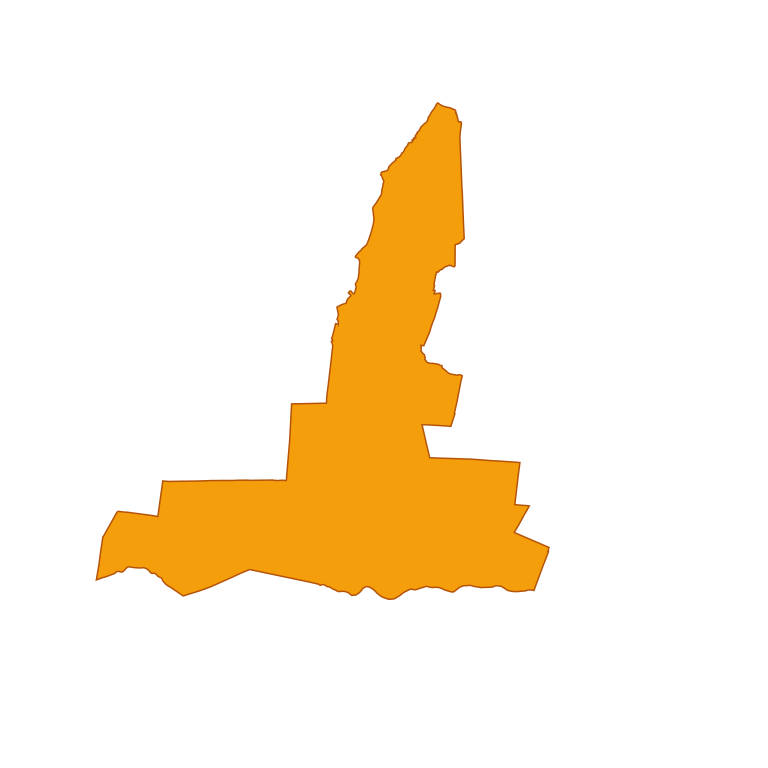 the district of Filipestii De Targ, Prahova, Romania, rotated 110°
{"feature_id": "2599482B69581696134481", "entity_name": "Filipestii De Targ", "entity_type": "district", "adm_level": 2, "iso_a3": "ROU", "parent_name": "Romania", "parent_adm1": "Prahova", "projection": "robinson", "projection_center": [25.752, 44.957], "detail": "fine", "context": "isolated", "style": "filled", "palette": "amber", "viewbox_px": 768, "rotation_deg": 110, "n_neighbors": 0, "source": "geoboundaries", "source_scale": "gbopen_adm2", "svg_char_len": 6135}
<svg xmlns="http://www.w3.org/2000/svg" viewBox="0 0 768 768"><g transform="rotate(110 384 384)"><path d="M666.5,587.3L662.2,582.2L661.0,580.4L658.7,577.5L657.3,576.0L654.9,573.1L653.8,572.0L652.1,571.3L651.4,570.5L650.8,568.9L650.4,566.0L649.4,565.0L644.4,562.7L643.4,561.8L642.9,560.6L642.2,557.0L641.4,553.8L640.3,550.3L639.6,548.7L639.0,547.6L638.7,545.9L638.8,544.2L639.2,542.3L641.3,538.3L641.3,537.1L640.7,536.0L640.4,534.7L640.4,533.7L641.8,531.1L642.2,529.7L642.3,527.7L642.7,526.4L644.0,525.1L645.0,523.9L646.7,520.7L647.5,518.3L648.0,515.2L651.8,500.2L641.5,486.6L634.2,477.9L617.8,460.9L611.6,454.7L604.3,446.8L595.6,386.1L594.5,377.0L595.0,375.1L594.7,374.5L593.9,374.0L593.5,373.1L593.1,371.8L593.2,370.7L593.8,368.3L593.4,365.7L594.2,361.4L594.2,359.5L594.6,357.3L594.6,355.9L594.3,354.9L592.8,351.6L592.3,349.4L592.3,348.2L592.3,346.3L592.7,344.8L593.4,343.1L593.7,342.0L592.0,338.5L590.7,337.3L588.5,335.8L586.1,334.7L585.0,334.4L583.2,333.9L581.0,332.0L580.4,331.1L580.1,330.3L579.9,328.8L580.0,327.2L580.6,324.2L581.6,321.6L583.2,318.4L584.5,314.2L584.8,312.3L584.8,307.2L584.4,305.2L583.2,302.5L582.0,300.5L577.4,296.8L574.9,295.3L572.7,293.8L567.7,289.0L566.6,283.9L563.1,279.7L561.9,277.8L559.6,275.1L559.3,271.7L558.7,268.8L557.6,266.6L556.7,263.9L556.4,261.7L556.7,256.2L556.6,252.2L556.2,249.0L555.4,247.3L550.2,244.1L548.0,242.2L546.3,240.1L544.9,236.7L543.6,233.9L543.5,230.5L542.4,225.3L542.2,223.2L541.7,222.3L538.1,213.3L536.8,211.6L535.5,210.2L534.8,208.4L534.0,204.5L534.8,200.7L535.6,197.9L535.6,196.2L535.2,193.5L534.6,190.8L533.5,187.8L529.9,180.1L528.6,178.7L527.8,177.3L526.9,173.7L526.8,172.5L500.7,172.4L494.5,172.2L485.3,172.1L485.3,172.8L481.2,173.0L479.0,210.8L478.0,210.7L474.8,210.0L470.3,209.2L457.7,207.3L454.4,206.6L448.9,205.8L449.1,206.6L449.2,207.4L450.9,213.3L452.6,219.8L423.5,226.7L411.3,229.4L416.5,247.6L419.9,259.0L424.8,276.4L437.7,315.8L427.7,322.4L409.3,334.3L407.5,329.1L403.0,314.0L400.9,306.7L387.8,307.2L387.8,307.7L387.7,307.8L375.5,309.4L354.4,312.8L351.3,313.0L349.6,313.2L349.3,314.1L349.4,315.6L349.8,316.9L350.7,318.3L351.9,325.0L351.9,325.8L351.3,328.5L350.3,330.4L349.0,334.6L348.5,335.1L347.3,335.6L346.9,336.0L347.3,337.9L346.9,339.6L346.9,340.3L347.5,342.7L347.8,345.0L348.8,347.7L348.9,350.2L348.8,350.9L348.4,351.9L347.5,352.7L347.0,354.0L346.4,354.2L345.4,354.3L344.7,354.5L344.1,355.2L342.7,356.0L342.3,357.4L341.1,359.2L340.7,360.3L337.1,361.5L336.2,361.8L335.1,362.5L334.4,359.7L322.0,359.0L319.1,358.9L315.2,359.2L309.8,359.4L304.8,359.1L298.9,359.5L295.1,359.6L281.9,360.7L281.3,361.2L279.7,361.8L279.5,362.0L279.4,362.4L279.5,362.8L280.1,363.6L280.7,365.1L282.0,367.0L282.1,367.8L281.6,368.0L280.0,367.7L279.0,367.8L278.8,367.9L278.7,368.5L279.1,369.7L274.3,370.1L274.2,370.7L273.3,371.1L264.4,372.6L262.3,372.6L260.9,373.0L260.6,372.0L260.2,371.2L259.0,370.8L258.4,370.5L257.5,370.2L257.0,369.9L256.9,369.1L256.7,368.7L256.2,368.4L255.1,368.2L254.7,367.9L252.6,366.3L251.7,365.0L250.3,363.6L250.0,363.1L250.2,362.4L249.9,362.0L249.9,361.7L249.9,358.4L249.8,358.1L249.5,357.9L248.6,357.7L229.5,364.5L228.8,364.7L228.2,364.2L227.5,362.8L226.5,362.0L225.6,360.9L221.8,359.3L220.1,358.3L205.5,364.4L179.8,374.9L175.6,376.6L174.4,377.3L127.2,396.7L126.1,397.1L120.4,398.6L112.1,400.5L111.3,401.5L111.5,402.4L111.9,402.7L112.1,403.2L112.0,403.8L111.8,404.1L109.3,405.4L108.4,406.3L106.7,407.2L104.8,408.8L105.9,409.0L104.0,409.5L102.4,410.3L102.3,410.1L102.3,410.6L102.1,411.8L101.9,416.2L102.0,417.6L102.3,418.8L102.4,419.7L102.3,420.2L102.7,422.1L102.4,426.0L102.2,427.1L101.5,429.2L101.5,429.7L102.1,430.0L103.3,430.4L107.1,430.8L111.6,432.2L114.0,432.7L115.9,432.9L118.0,433.5L119.3,433.5L120.7,433.3L122.0,433.3L124.1,434.0L126.0,435.3L130.2,437.3L132.7,437.4L133.5,437.6L134.6,438.0L135.8,438.6L136.9,438.9L137.6,438.3L138.5,439.1L140.2,439.5L140.7,439.4L141.4,438.4L141.8,438.3L142.2,438.7L142.4,439.7L142.7,440.2L142.9,440.3L143.1,440.3L144.0,439.5L144.4,439.6L144.6,439.9L144.8,440.2L144.9,440.9L145.1,441.1L145.4,441.0L146.3,440.3L146.5,440.1L147.0,440.2L147.9,441.0L147.8,441.5L148.7,442.7L148.9,443.2L149.5,443.5L151.3,443.4L152.4,443.7L155.1,444.8L157.3,444.8L160.2,445.4L160.6,445.6L161.0,446.3L163.2,446.4L165.3,447.3L166.1,448.2L167.1,448.8L167.9,449.8L168.4,449.9L169.4,449.5L170.0,449.6L171.5,450.6L174.3,452.1L175.2,452.3L177.0,453.4L178.8,453.7L181.0,453.4L182.0,453.9L182.9,454.6L183.7,455.8L185.2,458.2L185.7,458.6L186.5,458.9L187.4,458.7L188.1,458.7L188.4,458.8L188.7,458.7L189.0,457.6L192.6,454.5L193.2,453.7L193.6,453.5L194.7,453.3L196.6,453.3L198.8,452.7L201.6,452.5L206.3,451.4L207.4,451.4L217.2,453.4L220.9,454.6L222.3,454.7L224.2,454.1L226.3,452.8L228.6,451.8L231.5,450.3L232.8,449.7L237.5,448.7L244.9,448.0L249.2,447.8L257.9,447.8L259.6,448.2L264.0,450.7L266.6,451.5L267.5,452.2L269.3,453.0L270.6,453.4L272.5,454.2L274.3,454.5L274.6,454.2L274.7,453.2L274.7,452.0L274.9,451.2L275.2,450.6L275.7,449.9L276.4,449.3L278.4,448.3L282.5,447.3L287.6,445.7L293.6,444.3L296.3,444.5L299.2,445.0L299.9,445.0L300.9,444.5L302.0,443.4L303.4,443.1L308.6,442.8L309.6,443.0L309.7,443.4L309.1,444.9L308.2,446.4L308.0,447.1L308.1,447.6L308.5,447.9L310.1,448.6L310.6,448.6L310.8,448.3L311.6,446.2L311.9,445.7L312.3,445.3L312.9,445.4L315.1,446.7L316.2,447.1L318.3,447.5L320.7,447.2L321.2,447.5L323.1,450.0L324.8,451.9L325.9,452.7L327.2,454.1L327.6,454.4L328.1,454.4L334.4,450.6L336.5,450.3L338.5,450.3L339.5,450.1L339.7,449.5L340.9,448.5L342.1,447.9L343.5,447.5L343.4,447.6L343.5,448.2L343.7,448.7L343.8,450.1L355.0,448.9L359.4,448.7L359.4,448.4L359.9,447.7L360.6,446.9L362.0,448.1L362.4,447.6L363.5,446.7L365.2,445.5L366.5,445.0L368.7,444.5L382.3,441.2L402.6,436.4L412.7,434.1L417.0,433.0L421.7,431.5L434.3,464.0L469.4,453.3L508.1,442.8L508.7,444.7L509.0,446.1L510.3,449.2L511.0,450.4L511.3,451.9L512.1,454.1L512.3,455.7L519.9,475.7L521.3,480.1L525.3,490.7L525.4,490.9L525.6,491.0L533.5,512.5L538.6,525.1L549.2,553.0L550.6,557.9L550.7,558.7L585.9,551.2L586.6,555.5L587.2,558.4L592.3,581.4L593.2,584.2L594.5,590.1L595.7,591.1L623.5,595.6L623.7,595.9L641.0,592.4L651.1,590.1L666.5,587.3Z" fill="#f59e0b" stroke="#b45309" stroke-width="1.5"/></g></svg>